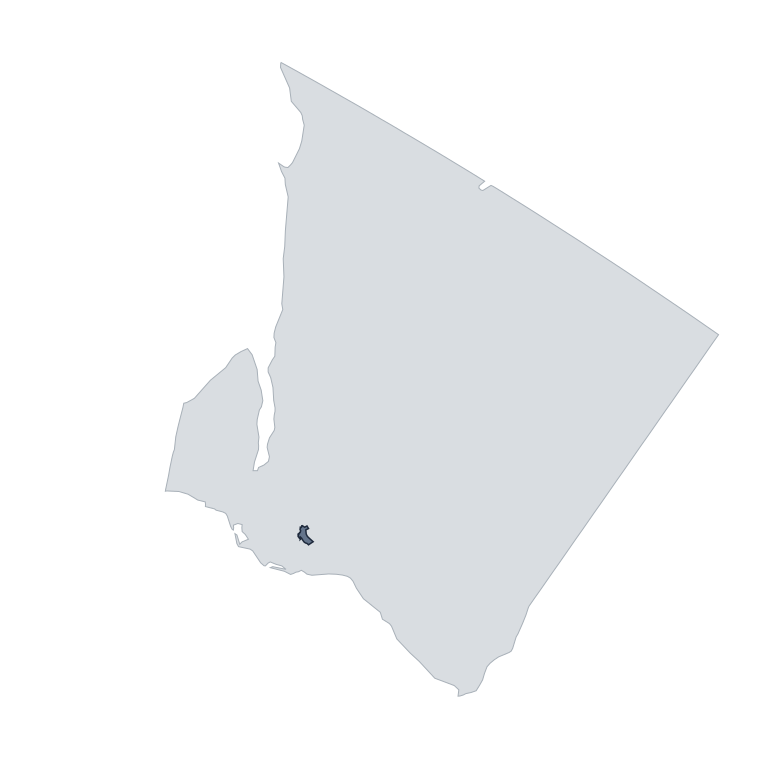 Badr, Al Buhayrah, Egypt (highlighted), rotated 212°
{"feature_id": "37247803B14038420995681", "entity_name": "Badr", "entity_type": "district", "adm_level": 2, "iso_a3": "EGY", "parent_name": "Egypt", "parent_adm1": "Al Buhayrah", "projection": "albers", "projection_center": [30.722, 30.547], "detail": "fine", "context": "in_parent", "style": "filled", "palette": "slate", "viewbox_px": 768, "rotation_deg": 212, "n_neighbors": 0, "source": "geoboundaries", "source_scale": "gbopen_adm2", "svg_char_len": 4709}
<svg xmlns="http://www.w3.org/2000/svg" viewBox="0 0 768 768"><g transform="rotate(212 384 384)"><path d="M641.6,602.1L627.4,602.9L613.2,603.6L599.0,604.3L584.8,604.9L570.5,605.5L556.3,606.1L542.1,606.6L527.9,607.0L513.7,607.5L499.5,607.8L485.3,608.2L471.0,608.5L456.8,608.8L442.6,609.0L428.4,609.2L414.2,609.3L406.1,609.3L407.4,605.3L408.3,602.4L407.3,600.4L404.5,599.9L402.7,600.5L398.5,609.1L396.3,609.4L391.2,609.5L374.7,609.5L358.1,609.5L341.6,609.4L325.0,609.2L308.5,609.0L291.9,608.8L275.4,608.4L258.8,608.1L242.2,607.7L225.7,607.2L209.1,606.6L192.6,606.0L176.1,605.4L159.5,604.7L143.0,603.9L126.4,603.1L127.0,592.8L127.5,582.6L128.0,572.3L128.5,562.0L129.1,551.7L129.6,541.4L130.1,531.1L130.6,520.8L131.2,510.5L131.7,500.2L132.2,489.8L132.7,479.5L133.3,469.2L133.8,458.9L134.3,448.5L134.8,438.2L135.4,427.8L135.9,417.5L136.4,407.2L136.9,396.8L137.5,386.5L138.0,376.1L138.5,365.7L139.1,355.4L139.6,345.0L140.1,334.7L140.6,324.3L141.2,313.9L141.7,303.6L142.2,293.2L142.8,282.8L143.3,272.4L143.0,270.5L141.2,263.3L139.6,254.3L138.0,243.1L137.9,239.5L134.8,228.0L134.6,224.8L135.7,222.5L142.2,213.3L144.3,208.7L146.1,203.3L146.8,198.8L145.4,191.7L143.6,185.4L143.3,179.0L143.3,172.7L146.6,168.6L150.5,164.8L151.9,162.4L154.2,159.7L155.8,158.5L158.5,164.3L164.6,165.5L185.0,161.4L207.0,167.4L219.2,169.7L238.0,174.6L249.3,182.6L252.4,183.7L260.7,183.7L266.1,188.4L287.7,191.0L299.2,196.2L305.7,200.3L309.6,201.6L313.1,201.5L317.9,200.0L323.8,197.3L330.4,193.5L343.8,183.6L348.6,181.9L351.7,182.3L355.4,182.2L357.0,179.5L359.0,177.7L360.2,175.6L362.3,173.0L369.2,172.4L383.1,168.0L381.6,170.1L368.9,174.9L374.3,175.6L379.9,173.9L386.2,172.8L387.4,170.7L388.2,166.9L389.4,166.3L393.8,167.0L406.9,172.9L410.1,173.0L419.2,169.7L421.2,169.0L424.2,170.7L431.1,178.1L428.7,178.0L421.4,171.7L420.7,174.9L416.7,180.5L421.9,182.9L426.1,183.7L428.4,186.8L429.8,189.6L434.0,188.3L436.9,184.5L435.3,182.4L434.3,180.3L435.6,180.2L438.5,181.9L446.9,189.0L449.7,190.4L452.9,190.1L459.6,188.0L461.5,188.3L470.5,185.4L471.6,187.4L473.1,189.3L480.4,186.9L491.8,186.7L501.1,184.1L511.7,178.1L512.6,177.2L513.2,178.6L514.6,182.4L518.2,192.2L521.3,199.8L525.2,210.4L526.5,214.5L527.0,217.3L532.6,228.9L536.0,238.5L538.5,246.2L542.1,257.6L543.6,261.6L541.5,263.7L537.2,271.4L533.2,295.2L526.9,314.0L526.5,325.6L525.5,329.8L522.4,335.8L518.5,341.7L511.3,338.9L499.3,329.1L492.3,319.7L484.9,313.7L477.9,305.6L475.9,299.7L475.9,295.9L472.7,286.7L470.4,282.4L461.9,272.7L459.4,267.5L457.6,265.2L455.7,261.9L452.5,249.2L449.1,241.1L445.4,243.4L446.1,246.8L442.9,251.6L441.0,257.1L442.6,261.6L449.5,268.3L450.9,271.2L452.6,277.7L452.5,286.5L453.6,289.4L458.8,295.9L460.7,299.7L461.9,303.0L463.7,306.0L468.8,311.6L476.4,322.3L483.5,329.4L488.6,332.8L490.8,336.3L491.5,345.3L491.3,349.7L495.9,357.7L497.6,361.8L502.0,365.1L504.1,368.9L506.1,375.1L509.3,393.5L513.2,397.9L525.6,421.8L535.9,436.9L541.1,448.1L548.9,461.8L564.4,491.9L573.4,500.9L577.1,506.1L583.5,509.9L590.5,515.5L584.0,515.2L582.4,515.6L580.2,516.7L579.3,520.4L578.9,523.3L580.4,538.7L582.5,546.5L588.8,561.2L593.3,565.4L595.5,568.2L598.5,570.2L612.4,574.6L620.9,585.0L639.5,597.6L641.5,601.3L641.6,602.1Z" fill="#d9dde1" stroke="#a8b0b8" stroke-width="1"/><path d="M360.5,212.7L365.1,213.5L367.6,214.0L368.9,214.5L369.1,214.7L369.3,214.8L369.8,215.1L370.3,215.4L370.6,215.7L371.5,216.9L372.2,217.8L373.0,218.8L372.6,219.5L371.4,221.4L374.1,222.8L375.4,220.5L378.2,220.6L378.6,220.2L378.3,219.7L378.2,219.6L378.1,219.3L378.2,219.1L378.4,218.9L378.3,218.7L378.7,218.4L379.1,218.2L378.7,217.5L378.4,217.7L378.4,217.4L378.4,217.2L378.4,216.9L378.4,216.7L378.3,216.4L378.2,216.2L377.7,215.9L377.5,215.7L377.3,215.6L377.2,215.6L377.1,215.4L376.9,215.3L376.9,215.2L376.9,214.9L376.8,214.7L376.7,214.7L376.6,214.4L376.6,214.2L376.5,213.8L376.4,213.6L376.5,213.5L376.6,213.4L376.8,213.2L376.7,212.8L376.8,212.6L376.8,212.4L376.9,212.2L377.1,212.0L377.1,211.9L377.3,211.6L377.2,211.5L376.9,211.6L376.7,211.7L376.6,211.4L376.8,211.3L377.0,211.2L377.1,210.9L376.9,210.8L376.9,210.7L376.7,210.5L376.6,210.4L376.5,210.2L376.5,209.9L376.4,209.8L376.4,209.7L376.2,209.6L376.1,209.3L375.9,209.3L375.7,209.1L375.4,208.9L375.2,208.9L375.0,209.0L374.9,209.0L374.7,208.9L374.6,208.7L374.4,208.5L374.2,208.4L373.9,208.4L373.7,208.4L373.5,208.5L373.4,208.4L373.3,208.2L373.2,208.2L373.0,208.3L372.9,208.3L372.7,208.3L372.7,208.2L372.6,207.9L372.5,208.2L372.7,208.6L373.1,208.9L373.4,209.1L373.6,209.5L373.8,209.9L372.2,209.6L371.7,209.3L371.4,209.2L371.2,209.1L370.6,208.7L370.4,208.7L369.9,208.4L369.1,208.1L368.1,207.7L367.7,207.6L366.8,207.6L366.3,207.6L365.1,207.9L364.6,208.0L364.0,207.9L363.2,207.7L362.8,207.6L360.5,212.7Z" fill="#64748b" stroke="#1e293b" stroke-width="1.5"/></g></svg>